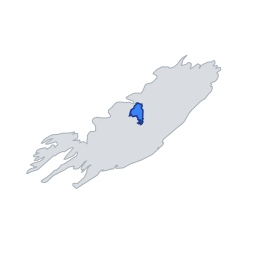 location of Eyjafjarðarsveit, Norðurland eystra, Iceland, rotated 329°
{"feature_id": "244011B64056494481770", "entity_name": "Eyjafjarðarsveit", "entity_type": "district", "adm_level": 2, "iso_a3": "ISL", "parent_name": "Iceland", "parent_adm1": "Norðurland eystra", "projection": "equal_earth", "projection_center": [-18.286, 65.228], "detail": "fine", "context": "in_parent", "style": "filled", "palette": "blue", "viewbox_px": 256, "rotation_deg": 329, "n_neighbors": 0, "source": "geoboundaries", "source_scale": "gbopen_adm2", "svg_char_len": 6086}
<svg xmlns="http://www.w3.org/2000/svg" viewBox="0 0 256 256"><g transform="rotate(329 128 128)"><path d="M197.5,99.2L199.7,99.3L203.5,98.6L208.8,96.4L211.1,95.9L216.3,95.9L210.0,98.0L207.8,100.3L206.0,101.5L206.1,102.0L210.6,103.4L212.7,102.9L213.7,103.1L214.5,103.8L215.2,105.1L214.8,106.5L213.6,107.9L211.9,109.1L212.1,109.4L213.5,109.6L220.9,108.9L221.8,110.6L222.4,111.2L222.2,111.8L219.4,113.6L222.8,112.4L225.5,112.1L230.2,112.7L232.1,113.4L233.3,114.5L235.6,114.2L236.7,114.8L236.8,115.6L235.8,117.5L233.1,118.5L234.8,119.9L236.2,120.0L236.5,120.3L236.3,121.1L234.2,122.1L237.8,123.3L238.3,123.7L238.1,124.9L237.6,125.7L236.5,126.1L234.0,126.2L232.4,126.6L233.0,127.4L232.6,129.6L230.6,131.4L228.8,132.3L227.0,132.9L221.9,132.2L222.1,133.8L220.3,134.7L220.7,135.5L221.4,135.9L221.1,136.9L218.8,139.1L217.2,139.7L213.9,140.6L209.2,142.5L204.5,142.5L192.7,145.2L188.1,146.7L179.8,151.3L176.3,152.4L170.3,153.0L152.2,156.0L150.2,157.8L150.1,158.2L150.9,158.9L149.5,160.1L146.8,161.0L145.5,161.0L143.2,160.3L143.0,160.6L143.9,161.6L135.0,163.2L122.7,162.3L111.8,160.1L103.2,159.7L97.1,156.6L97.0,156.1L97.7,155.2L99.9,154.8L98.8,153.8L95.1,155.5L93.9,155.4L92.4,154.8L92.3,154.1L89.3,153.9L84.1,151.9L83.7,151.5L85.0,150.8L84.7,150.7L81.8,150.8L77.6,152.6L52.9,153.3L52.1,152.4L51.2,148.9L52.1,147.4L53.2,147.5L56.0,149.5L62.6,148.4L65.3,147.7L67.9,145.8L69.3,145.2L71.4,142.7L73.5,141.3L77.7,140.6L74.0,140.2L67.7,142.1L65.6,142.1L66.6,141.2L68.8,140.3L67.3,140.2L66.7,139.8L66.7,138.9L67.9,137.5L75.3,134.9L73.6,134.5L68.4,136.4L64.7,137.1L61.7,136.2L60.3,135.0L60.4,134.5L62.2,132.9L62.0,132.7L60.8,132.5L57.6,131.1L52.4,131.2L39.7,130.4L30.0,132.4L27.8,131.5L26.0,129.6L26.4,128.8L28.1,128.4L32.8,128.4L39.7,127.5L42.9,126.4L44.1,126.7L44.7,127.2L49.0,126.4L51.3,125.4L55.1,125.9L69.4,125.4L71.4,124.1L72.1,122.6L71.8,122.2L66.5,123.7L65.3,123.6L59.2,122.9L57.1,122.0L57.8,121.4L61.1,119.9L69.4,117.5L70.6,117.0L70.7,116.4L67.5,115.4L61.3,115.7L59.8,114.5L54.7,113.8L51.3,114.2L49.5,113.5L29.2,117.3L22.7,115.6L18.1,115.3L17.7,114.7L20.5,113.0L22.4,112.7L24.3,112.9L27.8,114.1L30.2,114.4L27.2,112.7L27.2,111.0L26.2,110.6L25.3,109.5L25.7,109.1L29.4,109.4L35.2,111.3L38.1,111.0L42.0,109.7L33.6,109.0L31.1,107.5L32.9,106.8L37.3,106.9L32.6,104.3L32.4,103.8L33.2,102.7L39.3,103.7L36.1,102.2L36.1,101.8L37.0,101.6L37.5,100.6L39.1,100.3L42.1,100.6L46.8,102.3L47.4,102.8L47.5,104.6L49.4,104.3L51.6,104.6L53.5,103.4L54.8,103.7L55.8,104.7L55.5,107.1L56.9,106.3L59.1,106.2L59.5,104.3L59.1,102.7L52.0,100.9L49.2,99.6L49.5,99.1L51.0,98.7L58.5,98.4L55.3,97.6L54.6,96.9L48.8,97.2L46.0,96.8L45.9,96.4L47.1,95.8L50.6,94.6L57.2,94.5L59.8,94.9L64.9,97.5L68.9,98.6L75.6,102.3L79.9,103.7L80.1,104.0L79.4,104.4L77.7,104.9L80.3,105.6L81.8,106.5L81.9,106.9L80.4,109.9L78.7,110.9L74.7,110.3L75.6,111.3L78.5,112.3L79.1,112.8L78.7,113.4L80.1,113.2L80.5,113.5L79.8,115.2L79.1,115.9L81.5,116.2L83.1,117.0L85.0,120.5L86.2,117.8L86.8,116.9L87.8,116.5L89.0,113.8L91.8,112.2L94.4,111.7L96.9,113.5L98.8,113.7L100.9,110.4L101.2,108.0L100.6,105.4L101.0,103.5L102.3,102.4L104.0,102.0L107.6,103.2L110.6,105.8L115.2,108.6L118.3,109.3L118.9,109.2L119.5,108.3L119.1,104.6L120.5,102.6L124.3,102.1L130.0,100.3L131.3,100.2L134.1,101.3L139.2,105.0L142.7,106.8L144.6,109.6L145.4,110.1L146.2,109.2L146.3,108.0L142.0,102.2L141.9,101.4L142.3,100.8L150.1,101.1L151.9,101.7L157.3,105.0L160.0,103.7L165.2,99.8L167.0,99.9L171.6,101.5L173.4,101.3L178.6,99.9L179.7,98.2L177.4,94.5L178.3,93.8L183.2,92.8L188.5,93.0L194.0,96.4L194.2,98.0L197.5,99.2Z" fill="#d9dde1" stroke="#a8b0b8" stroke-width="1"/><path d="M139.2,129.7L139.3,129.8L139.5,129.8L139.9,129.9L140.0,129.9L140.3,129.9L140.5,129.9L140.6,130.0L140.8,130.0L141.0,130.1L141.3,130.1L141.5,130.1L141.8,130.2L141.9,130.3L141.9,130.5L142.0,130.6L141.9,130.7L142.0,130.8L141.9,130.8L141.7,130.9L141.6,131.0L141.3,131.1L141.3,131.3L141.2,131.3L141.3,131.3L141.2,131.4L141.3,131.4L141.3,131.5L141.2,131.5L141.3,131.6L141.5,131.6L141.8,131.5L142.2,131.5L142.3,131.4L142.5,131.3L142.6,131.2L142.8,131.1L142.8,130.9L143.0,130.9L143.5,130.7L143.7,130.4L143.8,130.4L143.9,130.2L144.0,130.2L144.0,129.9L144.0,129.7L144.1,129.4L143.9,129.4L144.0,129.3L144.0,129.2L143.9,129.1L143.9,128.9L144.0,128.8L144.0,128.7L144.4,128.6L144.5,128.6L144.8,128.4L144.7,128.4L144.8,128.4L149.4,121.3L149.7,120.9L150.0,120.4L149.8,118.3L150.1,117.1L151.5,116.6L151.4,116.0L151.3,115.8L151.3,115.7L151.5,115.5L151.5,115.4L151.5,114.8L151.9,114.7L150.2,113.1L149.8,112.5L149.7,112.0L148.6,111.2L148.3,111.2L147.9,111.3L147.7,111.4L147.4,111.4L147.4,111.5L147.2,111.5L147.3,111.5L147.5,111.7L147.4,111.7L147.3,111.8L147.2,112.0L146.5,112.2L145.3,112.4L144.4,112.8L144.1,113.2L144.0,113.3L143.9,113.4L143.9,113.5L143.6,113.8L143.4,113.9L143.1,114.0L142.9,114.1L142.7,114.1L142.4,114.1L141.8,114.1L141.5,114.0L141.0,114.0L140.9,114.0L140.6,114.0L140.3,114.0L140.2,114.0L139.9,114.2L139.8,114.3L139.6,114.4L139.6,114.5L139.4,114.8L139.3,115.0L139.2,115.2L138.8,115.3L138.7,115.3L138.4,115.4L138.2,115.6L138.1,115.8L137.9,116.0L137.6,116.2L137.6,116.3L137.9,116.7L137.9,116.8L137.7,116.9L137.1,117.0L136.8,117.1L136.7,117.1L136.7,117.3L136.8,117.4L136.9,117.5L137.0,117.6L136.9,117.6L136.7,117.8L136.2,118.0L135.8,118.2L135.5,118.3L135.7,118.5L135.8,118.5L136.0,118.5L136.7,118.6L137.2,118.7L137.4,118.7L137.5,118.8L137.7,119.0L137.7,119.4L137.7,119.5L137.7,119.8L137.8,120.1L138.2,120.7L138.2,120.9L140.8,121.6L141.2,121.7L141.3,121.8L141.2,121.8L141.0,122.0L141.1,122.5L141.8,124.0L140.9,125.7L140.8,125.8L140.9,126.1L141.1,126.1L141.2,126.3L141.2,126.5L141.3,126.6L141.3,126.8L141.5,126.8L141.7,127.0L141.8,127.0L142.0,127.1L141.9,127.2L142.0,127.2L142.0,127.3L142.3,127.4L142.2,127.5L142.2,127.8L142.3,128.0L142.5,128.1L142.4,128.2L142.2,128.2L141.9,128.2L141.8,128.3L141.7,128.2L141.5,128.3L141.4,128.3L141.2,128.4L141.2,128.5L141.3,128.5L141.2,128.7L140.8,128.8L140.7,128.8L140.4,128.7L140.1,128.7L139.9,128.7L139.7,128.7L139.5,128.8L139.4,128.8L139.5,128.9L139.5,129.0L139.4,129.0L139.5,129.1L139.4,129.3L139.3,129.5L139.2,129.5L139.2,129.7Z" fill="#3b82f6" stroke="#1e3a8a" stroke-width="1.5"/></g></svg>